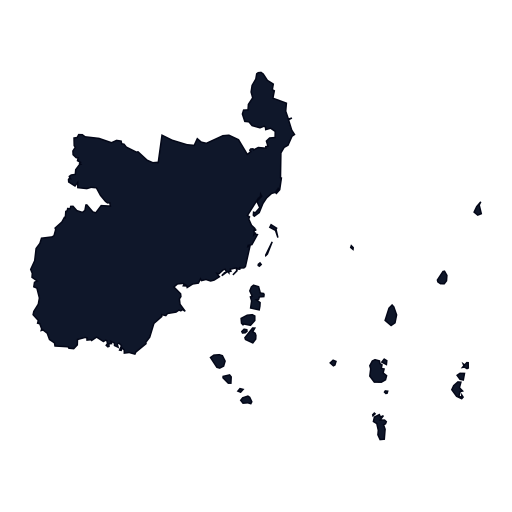 Kota Makassar, Sulawesi Selatan, Indonesia, rotated 180°
{"feature_id": "22746128B73854317646589", "entity_name": "Kota Makassar", "entity_type": "district", "adm_level": 2, "iso_a3": "IDN", "parent_name": "Indonesia", "parent_adm1": "Sulawesi Selatan", "projection": "mercator", "projection_center": [119.406, -5.12], "detail": "fine", "context": "isolated", "style": "filled", "palette": "ink", "viewbox_px": 512, "rotation_deg": 180, "n_neighbors": 0, "source": "geoboundaries", "source_scale": "gbopen_adm2", "svg_char_len": 6127}
<svg xmlns="http://www.w3.org/2000/svg" viewBox="0 0 512 512"><g transform="rotate(180 256 256)"><path d="M443.3,330.0L437.0,326.0L434.3,329.6L434.2,324.4L425.2,323.4L420.9,324.7L415.6,324.2L411.5,316.6L406.5,310.6L404.5,309.1L402.2,309.2L401.6,305.9L410.8,306.4L416.2,299.2L419.1,300.0L425.2,307.1L426.1,307.0L427.1,301.5L429.6,299.6L435.2,301.4L439.0,305.7L441.3,305.6L441.8,303.2L444.3,303.5L444.8,301.3L446.2,300.6L446.7,294.2L447.6,294.6L450.1,290.0L456.9,283.9L456.3,282.5L458.0,276.3L459.9,275.1L470.5,273.8L472.1,268.6L475.9,263.5L477.3,251.3L481.3,242.6L479.7,238.7L480.0,234.7L474.7,231.0L477.5,229.7L478.2,225.2L475.1,223.9L472.6,214.0L473.7,207.8L478.2,200.6L478.9,197.3L473.7,191.6L474.4,188.8L472.2,188.2L470.3,183.1L470.8,181.5L468.9,182.0L464.8,178.8L462.5,172.5L457.5,169.1L457.0,166.0L445.3,165.3L443.5,165.0L443.1,163.8L438.3,163.3L434.7,167.1L434.5,172.5L427.2,174.5L425.1,174.3L425.0,171.9L421.1,172.3L420.4,171.5L415.4,174.9L408.6,170.5L406.4,171.8L405.1,171.3L404.5,168.4L405.8,166.7L404.2,165.2L403.0,165.6L403.1,168.2L400.5,168.4L401.2,170.8L397.5,168.9L397.5,166.5L393.9,164.8L394.8,168.0L393.0,168.9L390.5,166.3L392.4,161.9L390.8,161.6L389.9,164.0L387.8,162.1L387.7,158.9L382.8,159.5L377.1,157.9L376.2,159.9L366.0,168.3L366.2,169.7L362.3,174.8L358.1,188.6L350.2,195.5L350.3,197.4L346.2,196.4L344.5,198.5L336.0,199.9L333.1,201.9L331.2,201.2L329.4,202.4L326.8,200.7L332.0,207.8L332.6,213.1L331.1,215.4L331.4,218.2L338.1,225.0L334.5,228.1L328.7,228.6L326.7,227.3L328.2,227.3L328.7,226.2L325.2,226.0L324.8,224.5L319.3,228.0L313.6,228.9L311.5,233.2L310.5,231.4L306.0,232.5L301.4,231.0L297.9,231.9L291.9,235.7L292.9,235.2L295.1,238.7L293.1,238.2L288.7,242.2L286.9,242.8L285.4,240.0L287.5,239.3L287.2,238.8L289.0,237.8L290.2,236.3L284.5,240.5L283.1,239.1L283.2,240.5L281.1,240.7L281.7,242.8L275.9,244.1L275.2,241.3L279.1,237.1L275.0,241.2L275.1,243.7L273.5,242.9L272.6,243.9L272.3,242.2L272.0,244.0L268.1,244.1L266.6,245.4L262.1,265.6L264.3,265.2L264.0,266.6L260.1,267.4L254.6,277.4L257.1,277.9L258.3,276.8L258.1,278.8L257.8,279.0L256.9,278.7L256.0,278.7L257.9,279.2L257.9,281.7L256.4,281.8L256.4,282.1L258.0,281.7L257.1,283.5L260.5,286.7L263.3,293.0L262.5,295.1L264.6,296.5L253.5,314.1L251.6,315.4L251.4,318.0L250.2,315.9L255.0,310.4L252.2,304.3L256.7,299.2L258.4,299.8L258.7,296.8L257.7,295.8L252.8,299.4L249.1,308.5L245.4,314.1L240.4,318.6L236.4,319.7L233.8,323.7L233.0,322.9L236.1,318.0L232.3,322.3L230.6,334.0L231.5,334.3L231.1,359.1L227.9,364.6L224.0,366.8L220.0,375.8L217.5,377.5L220.3,381.9L223.5,392.2L220.1,394.0L223.6,392.9L226.3,400.8L225.6,408.8L239.1,413.8L237.7,421.2L239.7,422.3L238.7,427.9L244.6,431.6L248.8,438.0L251.0,439.6L253.8,439.3L255.3,438.2L256.2,432.9L259.9,426.6L260.9,420.0L259.3,414.2L263.6,407.6L264.0,402.1L268.4,401.9L269.6,398.0L267.2,390.6L263.1,390.2L259.9,386.4L252.0,384.2L248.0,385.8L246.5,384.9L246.3,382.4L241.4,383.8L236.8,380.6L236.9,374.5L242.4,374.0L245.6,370.9L244.0,365.7L246.2,365.4L246.2,363.8L253.7,364.5L258.3,362.1L259.0,363.2L261.3,363.0L262.2,361.8L261.2,360.3L264.7,357.6L273.5,372.3L283.1,376.8L289.1,376.3L305.6,368.7L310.8,369.9L314.7,373.3L317.8,366.6L325.1,367.3L339.9,371.8L350.0,376.8L353.9,348.5L354.2,349.7L359.2,349.3L364.9,351.8L374.0,360.2L375.5,359.8L385.7,364.9L388.0,367.8L390.3,368.2L390.9,370.9L395.4,371.6L400.5,369.3L413.0,373.6L426.9,375.2L429.7,377.3L433.3,377.4L434.8,374.5L438.0,374.0L437.8,366.3L436.6,364.8L439.1,361.0L438.9,357.3L435.8,354.3L433.8,354.1L434.5,351.3L431.5,349.7L432.4,348.8L431.2,347.7L432.5,347.4L436.3,342.3L436.7,337.6L440.8,337.0L442.7,335.6L441.5,333.3L442.7,333.6L443.5,332.5L443.3,330.0ZM141.3,143.2L142.2,135.9L137.7,129.9L130.6,129.8L126.5,132.2L125.4,136.3L128.9,139.1L127.9,143.0L130.7,143.6L130.0,147.2L132.2,148.5L132.5,151.1L137.0,152.3L139.7,151.0L142.2,146.3L141.3,143.2ZM261.4,204.0L252.8,202.1L252.1,205.8L251.9,209.4L255.8,212.2L253.4,212.6L252.6,215.1L248.2,215.4L247.9,217.4L248.4,218.5L251.7,219.0L253.4,225.3L258.5,226.8L260.6,225.1L262.2,221.1L259.8,215.8L261.6,215.1L260.4,211.1L261.4,204.0ZM131.9,72.4L127.7,72.8L126.9,82.8L128.5,87.2L126.5,88.2L125.7,90.3L127.4,91.9L131.9,92.0L128.6,96.3L131.5,95.0L132.7,97.4L137.6,94.9L138.6,90.5L135.2,88.4L133.7,81.7L134.1,77.2L131.9,72.4ZM119.9,207.0L123.0,203.8L126.9,191.6L120.9,186.5L117.0,189.2L115.4,197.1L118.2,205.1L119.9,207.0ZM298.1,156.9L301.5,154.5L295.1,144.7L292.3,143.9L288.4,145.9L286.9,150.9L289.6,156.3L292.7,157.3L298.1,156.9ZM268.2,188.0L261.5,186.7L257.2,191.5L257.2,196.0L259.7,197.3L264.8,196.8L270.9,193.6L270.5,188.8L269.0,187.2L268.2,188.0ZM55.4,115.7L50.3,113.3L48.9,114.9L50.2,116.9L50.3,114.8L53.1,115.8L51.8,120.3L49.4,121.0L52.6,124.3L51.1,129.8L54.1,130.1L58.3,126.4L60.2,122.3L55.4,115.7ZM259.4,184.0L267.1,174.3L266.5,172.5L259.2,169.1L256.3,172.9L256.1,176.5L256.8,178.7L259.3,180.3L257.2,183.9L259.4,184.0ZM71.5,228.3L67.8,228.2L65.5,231.2L65.1,236.6L67.5,240.8L69.0,240.5L74.6,232.0L74.1,230.1L71.5,228.3ZM264.1,109.2L261.2,108.3L260.2,110.2L262.3,114.7L264.1,115.9L269.3,114.2L271.3,111.7L269.0,108.8L264.1,109.2ZM289.0,134.2L283.7,128.8L281.1,128.8L280.8,135.1L282.4,137.1L288.9,135.6L289.0,134.2ZM37.9,299.9L34.3,296.9L30.7,298.3L32.8,307.0L31.2,310.2L35.3,305.4L37.9,299.9ZM52.0,132.7L48.7,132.0L47.5,138.6L52.0,138.7L54.9,136.7L52.0,132.7ZM178.9,151.8L181.8,149.1L178.6,146.2L177.1,147.0L176.0,150.6L178.9,151.8ZM47.6,144.9L45.0,143.4L43.7,144.0L43.8,149.3L45.2,149.4L47.3,147.0L48.8,148.1L48.1,146.3L49.5,144.6L47.6,144.9ZM236.5,281.6L234.1,274.4L236.0,282.7L235.4,283.8L240.9,287.3L242.2,284.7L236.5,281.6ZM127.8,152.9L130.2,149.9L125.6,147.5L125.2,151.3L127.8,152.9ZM267.9,182.8L270.2,180.5L269.5,179.0L266.8,179.2L265.0,180.7L265.2,182.3L267.9,182.8ZM272.0,123.4L274.1,120.9L271.4,119.8L268.9,122.6L272.0,123.4ZM239.8,270.2L246.3,256.9L246.2,256.4L244.6,258.0L239.8,270.2ZM126.7,121.1L127.5,119.9L126.1,118.5L124.9,118.8L124.3,120.8L126.7,121.1ZM160.7,266.3L161.3,264.5L159.0,262.6L158.8,264.4L160.7,266.3ZM137.7,98.9L139.3,97.2L139.0,96.2L136.9,98.2L137.7,98.9ZM252.6,245.8L250.8,247.5L252.0,249.1L253.7,247.7L253.8,246.5L252.6,245.8Z" fill="#0f172a" stroke="#020617" stroke-width="1.5"/></g></svg>